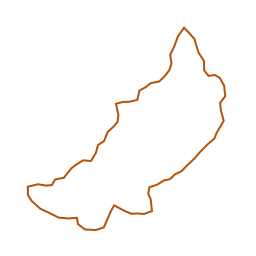 Bom Jesus, Paraíba, Brazil (Natural Earth projection), rotated 185°
{"feature_id": "56859067B58755230690339", "entity_name": "Bom Jesus", "entity_type": "district", "adm_level": 2, "iso_a3": "BRA", "parent_name": "Brazil", "parent_adm1": "Paraíba", "projection": "natural_earth1", "projection_center": [-38.629, -6.83], "detail": "fine", "context": "isolated", "style": "outline", "palette": "amber", "viewbox_px": 256, "rotation_deg": 185, "n_neighbors": 0, "source": "geoboundaries", "source_scale": "gbopen_adm2", "svg_char_len": 1075}
<svg xmlns="http://www.w3.org/2000/svg" viewBox="0 0 256 256"><g transform="rotate(185 128 128)"><path d="M33.9,168.1L35.9,178.4L41.0,186.0L46.3,188.4L52.3,186.9L57.2,192.1L58.1,201.3L64.3,209.2L67.0,215.7L69.6,222.5L75.8,228.4L80.9,232.8L86.4,223.3L88.8,214.0L92.4,204.4L90.3,196.5L91.8,189.3L95.4,183.6L100.9,177.1L109.2,174.7L114.2,170.0L119.8,166.4L121.2,156.9L128.7,154.3L135.4,153.5L142.1,151.1L138.7,140.1L138.9,133.3L142.5,128.1L147.9,122.3L150.8,112.8L156.4,108.4L157.8,100.4L162.0,91.9L169.9,91.9L176.7,86.8L180.9,82.9L187.6,72.8L196.1,70.4L198.9,64.5L204.8,63.5L212.9,64.1L222.7,60.8L221.8,52.5L217.8,47.1L208.3,39.9L198.9,36.5L189.4,32.7L179.4,32.7L171.1,34.1L169.4,27.9L162.2,23.2L151.3,23.5L143.4,26.9L140.1,36.8L138.1,42.9L135.1,49.7L128.9,47.1L123.1,44.7L117.2,42.9L110.9,43.7L104.4,43.7L96.9,47.3L99.2,59.1L102.1,64.3L101.5,70.9L93.9,74.1L87.7,78.9L81.7,80.7L77.0,86.1L71.1,89.5L65.5,96.3L59.3,103.2L53.6,111.1L47.0,118.9L41.0,125.1L39.3,130.9L36.6,136.4L33.3,143.6L37.0,153.5L38.4,161.1L33.9,168.1Z" fill="none" stroke="#b45309" stroke-width="2"/></g></svg>